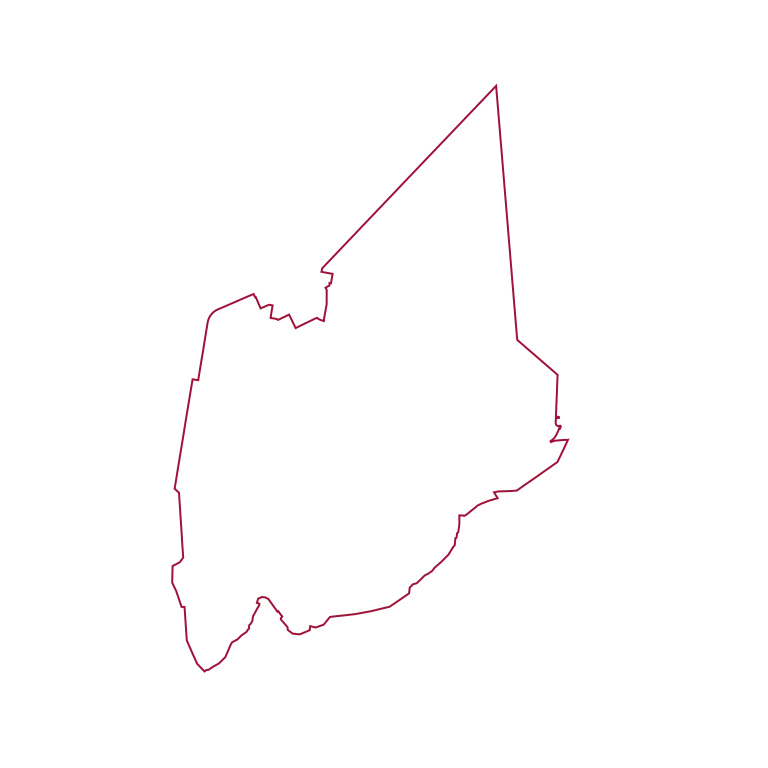 the district of Noordoostpolder, Flevoland, Netherlands, rotated 99°
{"feature_id": "6326949B24285536392101", "entity_name": "Noordoostpolder", "entity_type": "district", "adm_level": 2, "iso_a3": "NLD", "parent_name": "Netherlands", "parent_adm1": "Flevoland", "projection": "albers", "projection_center": [5.775, 52.726], "detail": "fine", "context": "isolated", "style": "outline", "palette": "rose", "viewbox_px": 768, "rotation_deg": 99, "n_neighbors": 0, "source": "geoboundaries", "source_scale": "gbopen_adm2", "svg_char_len": 4736}
<svg xmlns="http://www.w3.org/2000/svg" viewBox="0 0 768 768"><g transform="rotate(99 384 384)"><path d="M660.6,540.4L668.0,538.7L677.6,532.6L689.4,524.9L691.5,522.2L696.0,516.3L694.4,514.9L693.6,512.4L690.4,509.1L685.8,503.3L678.6,498.0L664.6,494.4L663.4,493.9L662.1,492.7L661.0,491.1L660.5,490.5L659.7,489.5L659.0,488.6L656.2,486.6L654.1,485.0L650.5,481.1L647.7,479.9L646.6,478.9L644.8,479.5L642.9,479.2L641.8,478.1L638.1,476.9L634.1,477.1L626.0,474.2L621.9,472.6L620.5,472.7L620.1,475.3L615.7,474.7L614.2,472.3L613.6,471.4L613.3,468.3L614.4,464.6L620.2,458.9L625.6,453.6L624.9,452.9L627.2,450.7L629.6,448.1L631.6,449.3L632.8,448.9L639.2,441.3L641.9,440.6L644.8,435.4L644.5,428.1L638.8,418.9L634.7,419.0L635.2,413.4L631.1,405.9L622.7,401.0L622.1,399.5L621.4,397.0L618.9,387.7L618.8,387.3L615.8,376.5L610.5,361.4L606.4,351.6L603.1,343.6L595.0,335.0L586.9,326.5L581.1,326.7L577.3,324.1L575.6,320.4L566.6,313.7L564.2,310.4L561.3,307.4L557.3,305.1L550.6,299.5L542.4,293.6L534.7,290.4L532.1,288.9L526.0,289.4L525.9,289.3L525.7,289.2L525.1,289.2L525.1,288.9L524.2,288.3L520.0,288.5L519.0,287.5L511.1,287.6L502.0,289.0L501.5,285.4L501.8,284.3L500.1,282.1L489.5,272.6L487.1,269.4L483.0,262.3L479.0,253.9L473.8,258.4L473.2,256.8L472.2,254.1L471.9,252.7L470.7,246.2L469.5,240.5L468.5,236.2L465.2,232.8L460.9,228.4L453.6,220.7L448.5,215.5L444.9,211.8L438.9,205.6L433.9,200.5L427.7,198.6L415.8,195.1L410.4,193.6L410.8,194.9L410.8,195.0L410.7,195.9L411.0,197.1L411.8,200.3L412.6,203.7L412.9,204.9L413.0,205.2L413.1,205.5L413.2,205.8L413.3,206.0L413.3,206.3L413.4,206.6L413.5,206.8L413.6,207.1L413.7,207.4L413.8,207.5L414.0,207.9L414.1,208.1L414.2,208.3L414.5,208.9L414.7,209.0L414.9,209.3L414.8,209.5L415.2,210.1L414.3,210.6L414.2,210.5L414.0,210.2L413.8,210.0L413.6,209.8L413.4,209.6L413.1,209.3L412.7,208.9L412.2,208.5L411.7,208.1L411.3,207.8L410.7,207.4L410.2,207.1L409.9,207.0L409.6,206.8L409.1,206.6L408.5,206.3L408.0,206.1L407.6,206.0L406.2,205.5L404.8,205.1L403.7,204.8L402.3,204.4L400.8,204.2L400.9,203.4L399.3,202.9L399.3,203.0L398.4,203.0L398.2,203.0L397.9,203.1L397.8,203.3L397.7,203.3L397.7,203.5L397.8,203.8L397.9,204.0L398.0,204.0L398.5,204.2L398.2,206.0L398.1,206.5L397.9,206.9L397.7,207.1L397.6,207.3L397.4,207.5L397.1,207.7L396.9,207.9L396.7,208.0L396.3,208.2L396.1,208.2L395.8,208.3L390.6,208.9L390.3,206.3L390.1,205.9L389.6,205.8L389.3,206.0L389.1,206.4L389.5,209.1L373.1,211.0L364.5,212.0L357.3,212.9L347.8,214.0L344.8,218.8L326.6,248.1L319.6,259.3L304.2,263.1L208.1,286.6L190.1,291.0L72.0,319.9L174.0,390.4L189.5,401.1L279.5,463.2L283.0,463.3L283.1,460.3L283.2,454.5L283.3,452.0L292.8,452.1L292.8,453.6L293.7,453.4L295.4,453.4L295.5,453.6L295.7,453.9L296.3,454.6L298.0,456.8L298.4,456.5L299.1,456.0L299.2,455.9L299.3,455.8L299.5,455.7L299.8,455.5L299.9,455.4L300.1,455.4L300.4,455.3L300.6,455.2L300.8,455.2L304.6,454.6L309.2,453.9L312.9,453.3L313.3,453.2L313.7,453.2L313.8,453.2L314.4,453.1L318.4,453.2L323.1,453.3L327.6,453.4L330.6,453.4L330.8,453.4L330.9,453.1L331.3,453.2L331.3,453.3L331.2,453.7L331.0,454.9L330.5,457.3L330.4,457.6L330.4,457.8L330.3,458.1L330.2,458.4L330.1,458.7L330.0,458.9L329.9,459.2L329.7,459.4L329.6,459.6L329.5,459.8L329.3,460.0L329.1,460.3L329.2,460.5L329.8,461.7L332.3,465.3L335.6,470.1L342.0,479.2L342.1,479.3L342.6,480.0L330.3,488.6L336.4,497.4L337.3,498.7L337.2,498.9L337.1,499.0L336.9,499.4L336.9,499.5L336.7,499.9L336.7,500.1L336.6,500.3L336.6,500.6L336.5,500.9L336.5,501.1L336.5,505.8L336.4,505.8L336.2,505.9L336.2,506.4L333.2,506.4L323.8,506.3L323.7,508.5L323.7,509.1L323.7,509.4L323.7,509.5L323.8,509.6L323.8,509.9L323.8,510.0L324.0,510.3L324.1,510.6L326.3,514.0L328.6,517.7L318.2,524.3L318.5,524.8L315.5,526.8L317.2,529.6L320.3,534.5L323.4,539.4L329.6,549.1L335.8,558.9L336.1,559.4L336.2,559.6L336.4,559.9L336.6,560.2L336.8,560.5L337.0,560.8L337.3,561.1L337.4,561.3L337.6,561.5L337.9,561.9L338.1,562.1L338.3,562.3L338.6,562.6L338.8,562.8L339.1,563.1L339.3,563.3L339.6,563.6L339.9,563.8L340.1,564.0L340.3,564.1L340.6,564.3L340.8,564.5L341.2,564.8L341.7,565.1L342.0,565.3L342.3,565.4L342.6,565.6L342.9,565.8L343.2,565.9L343.6,566.1L344.1,566.4L344.5,566.5L344.9,566.7L345.1,566.8L345.4,566.9L345.7,567.0L346.0,567.0L346.3,567.1L346.7,567.2L347.0,567.3L347.3,567.4L347.7,567.5L347.9,567.5L348.4,567.6L348.6,567.6L348.9,567.7L349.3,567.7L349.7,567.7L349.9,567.7L350.3,567.8L350.5,567.8L351.3,567.8L370.1,567.9L371.9,567.9L375.8,567.9L381.6,567.9L388.3,568.0L409.3,568.1L409.3,573.8L426.6,573.9L437.7,574.0L451.5,574.1L462.3,574.1L494.9,574.3L520.2,574.4L523.4,569.5L540.1,565.7L549.6,563.6L558.3,561.6L573.2,558.3L586.8,555.2L591.9,557.7L596.8,564.3L603.3,563.5L613.4,562.1L620.9,556.9L635.8,549.1L635.5,546.1L651.3,542.5L660.6,540.4Z" fill="none" stroke="#9f1239" stroke-width="2"/></g></svg>